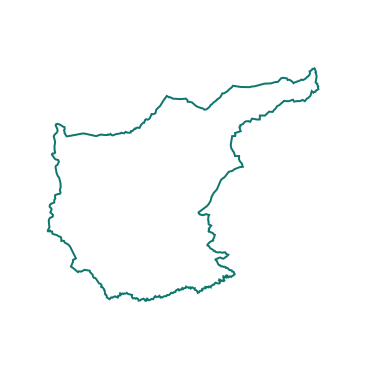 Wat Sing, Chai Nat, Thailand, rotated 166°
{"feature_id": "78962969B4118502895229", "entity_name": "Wat Sing", "entity_type": "district", "adm_level": 2, "iso_a3": "THA", "parent_name": "Thailand", "parent_adm1": "Chai Nat", "projection": "orthographic", "projection_center": [99.951, 15.22], "detail": "fine", "context": "isolated", "style": "outline", "palette": "teal", "viewbox_px": 384, "rotation_deg": 166, "n_neighbors": 0, "source": "geoboundaries", "source_scale": "gbopen_adm2", "svg_char_len": 6024}
<svg xmlns="http://www.w3.org/2000/svg" viewBox="0 0 384 384"><g transform="rotate(166 192 192)"><path d="M300.0,285.8L300.8,286.2L304.3,289.7L306.3,290.7L307.5,290.6L308.2,289.6L307.4,285.7L307.7,283.6L308.7,282.4L311.8,280.6L312.7,279.5L312.7,273.6L314.4,269.6L315.2,265.8L315.2,263.6L316.0,262.8L318.1,263.1L318.9,262.2L317.1,257.6L316.4,256.6L314.2,255.5L313.8,253.7L315.9,251.0L317.8,250.2L318.4,249.2L318.8,243.1L318.3,239.8L317.5,238.1L317.4,232.9L318.2,228.6L319.8,225.6L319.7,223.1L320.7,222.2L322.9,222.4L325.5,222.1L326.0,221.2L326.2,218.9L327.6,217.5L328.2,215.1L331.6,214.7L333.1,213.8L333.7,212.1L332.5,210.0L332.4,209.2L334.4,206.4L332.6,203.7L332.6,202.4L333.6,201.6L336.0,201.3L337.5,199.9L338.1,198.0L338.9,192.2L340.8,190.1L341.4,189.1L341.2,188.7L339.3,188.8L339.5,188.2L337.3,187.5L337.5,185.4L337.3,185.0L333.6,182.9L332.0,181.2L330.2,180.1L330.1,178.5L330.6,176.1L329.5,176.1L328.1,175.5L327.7,173.7L325.0,171.2L323.6,168.9L320.7,155.7L321.4,155.3L322.9,155.2L323.9,154.8L324.4,153.0L327.5,148.9L325.6,146.8L322.0,141.8L320.8,142.4L319.4,141.7L318.1,141.7L315.1,142.5L310.3,140.4L310.2,138.8L308.4,135.8L308.5,134.2L308.1,132.5L307.0,132.2L306.3,131.4L304.3,125.9L303.2,125.2L302.6,124.3L302.3,122.9L302.5,122.2L303.0,122.1L303.0,121.6L302.4,121.5L301.5,120.6L300.9,119.0L301.0,118.2L300.6,117.8L301.0,114.3L300.8,113.3L300.2,113.2L300.1,112.9L299.9,111.4L300.2,110.4L297.9,107.9L295.9,109.3L294.9,108.7L293.5,109.3L292.7,109.1L291.9,109.4L289.8,107.6L289.3,107.6L289.0,108.9L286.5,109.0L286.6,110.5L286.2,111.1L285.1,110.0L283.8,110.3L283.3,109.6L281.7,109.8L280.5,109.5L279.7,109.9L278.7,108.5L275.0,106.6L275.6,105.6L275.7,104.2L275.0,103.0L273.2,102.9L272.4,102.0L271.4,102.4L270.6,101.7L270.1,100.5L270.1,99.5L268.4,99.4L267.4,100.0L264.8,100.2L263.5,97.7L263.1,97.5L262.6,97.9L262.1,99.2L261.5,99.5L261.0,99.2L260.8,97.7L260.4,97.4L258.4,97.5L257.2,98.0L255.7,97.4L253.4,99.6L252.7,99.8L252.0,98.6L251.0,98.8L249.8,98.5L248.7,99.1L248.3,97.4L248.0,97.1L247.3,97.5L246.3,96.9L244.2,97.6L242.1,97.1L241.2,98.0L238.9,97.7L236.5,99.3L235.2,98.5L234.3,99.1L232.3,99.0L231.7,100.2L229.0,101.1L228.5,100.8L228.5,99.7L228.2,99.6L226.9,100.1L226.1,99.9L224.7,101.1L224.2,99.9L223.1,100.6L221.6,100.4L220.6,101.6L220.0,100.7L218.4,100.3L218.1,99.5L216.4,99.9L216.1,99.6L216.5,99.1L216.4,98.7L215.5,99.3L214.4,99.2L213.7,98.2L212.6,97.9L213.0,97.2L212.9,96.4L212.0,95.9L211.1,94.7L210.8,92.7L209.3,93.0L208.8,93.9L207.9,94.1L206.0,93.8L205.7,94.0L205.8,95.3L204.6,95.7L202.4,95.4L202.0,96.7L201.5,96.5L201.5,95.7L200.3,96.3L199.1,95.5L198.4,96.2L196.9,95.0L196.6,95.9L195.7,96.5L194.8,96.4L194.0,97.0L192.7,96.9L192.1,97.9L191.1,98.3L188.3,96.7L187.3,96.8L186.3,98.2L187.3,99.5L186.7,100.5L185.8,99.9L185.1,98.6L184.4,98.8L182.8,97.8L182.0,98.4L182.5,99.7L181.9,100.7L182.3,101.9L182.0,102.6L179.8,100.9L179.2,102.6L178.3,102.7L177.8,102.0L178.6,101.0L177.3,100.3L175.5,101.0L174.5,100.1L173.3,100.8L171.7,101.1L171.0,101.9L170.5,102.0L170.9,104.4L172.3,105.1L172.4,106.4L174.5,107.1L175.6,109.2L176.7,110.2L177.5,110.1L177.7,111.0L178.4,111.6L179.6,111.7L180.6,112.7L181.3,112.6L182.3,113.3L182.8,114.4L183.4,114.5L184.0,115.6L184.7,119.3L185.4,120.0L185.5,120.9L181.2,121.7L180.1,121.4L178.4,119.9L177.7,119.7L173.7,121.2L172.0,122.3L174.0,123.9L174.2,125.3L175.3,125.7L177.3,125.7L179.3,126.8L181.8,127.2L183.6,128.2L184.2,129.3L185.2,129.6L185.3,130.5L187.6,132.7L188.2,133.6L188.5,135.1L190.0,136.6L189.2,137.6L187.2,138.9L185.2,139.6L183.2,139.7L183.1,140.9L181.7,142.2L180.2,144.9L181.1,145.5L181.4,146.6L182.4,147.7L183.4,148.2L184.5,149.4L185.1,149.3L185.4,150.0L184.2,151.9L184.5,152.4L181.5,154.8L183.6,156.5L183.6,157.3L182.9,160.0L183.2,160.7L182.5,162.8L181.9,164.4L180.9,165.5L183.9,167.2L185.1,166.9L187.6,167.0L190.1,168.6L190.1,169.2L190.6,169.6L190.5,170.7L181.1,174.6L178.7,176.2L175.9,179.2L174.1,182.7L171.2,185.8L167.2,188.5L161.3,196.3L160.2,197.2L156.7,198.6L151.5,202.7L147.6,202.8L145.1,203.9L139.6,204.6L136.6,204.2L136.8,207.7L138.0,209.9L138.5,212.1L137.6,215.5L141.5,216.4L141.8,220.6L142.6,222.1L142.6,223.3L143.3,224.5L143.0,228.4L139.5,236.5L136.5,235.9L136.0,237.4L136.0,238.8L130.1,239.2L130.3,243.5L129.2,243.8L129.1,245.1L125.9,245.7L125.3,246.3L123.2,247.5L120.3,247.2L118.6,246.0L116.0,248.7L111.1,246.5L108.7,246.0L107.6,249.8L102.7,248.5L97.8,251.3L94.3,250.2L92.4,251.9L91.0,252.5L88.7,254.7L86.2,255.2L80.5,258.2L79.1,257.5L76.2,256.7L71.7,257.1L71.1,255.0L67.5,254.7L65.8,254.1L62.3,254.5L60.6,252.8L57.8,254.9L56.6,255.1L53.8,256.7L51.4,260.9L50.1,259.0L49.5,259.4L47.8,259.5L47.4,260.4L44.5,261.2L44.4,263.8L43.9,264.1L44.7,266.4L44.3,266.9L45.6,268.3L43.3,273.5L43.0,274.8L43.3,278.0L42.6,278.3L43.2,282.3L44.1,282.0L45.3,282.3L46.8,281.1L48.7,280.6L48.8,278.7L49.5,277.4L51.4,276.0L52.3,275.9L54.3,274.6L56.5,273.9L57.6,273.9L58.6,274.6L60.6,274.0L66.4,273.4L67.1,273.0L68.3,275.2L69.8,276.9L70.7,277.5L72.1,277.5L72.4,279.2L75.3,280.6L77.4,280.9L78.3,280.6L82.0,278.1L84.7,278.5L89.2,278.3L95.4,279.6L105.3,279.4L109.1,279.9L110.9,279.8L119.2,282.1L126.6,285.2L128.2,283.8L130.8,282.8L133.0,281.3L137.0,280.0L138.6,280.4L141.6,277.2L143.6,276.2L144.7,276.0L146.7,274.7L149.4,273.7L151.5,272.3L153.1,271.7L153.9,270.7L156.1,269.5L158.0,268.7L159.6,268.8L160.1,268.9L161.0,270.2L165.9,273.2L167.7,275.1L170.3,278.9L173.0,280.3L174.3,280.5L174.3,282.4L175.4,284.1L180.7,284.9L187.9,287.2L190.3,289.3L191.4,289.4L193.2,291.3L196.9,288.3L202.0,283.3L206.7,280.6L208.5,277.2L211.0,276.9L212.4,277.4L215.0,273.9L216.0,273.2L217.6,272.9L218.9,273.7L219.9,273.4L221.7,270.8L222.6,271.0L225.2,269.5L227.3,266.9L229.2,267.6L230.4,267.7L231.5,266.9L232.1,267.4L235.1,265.6L236.5,265.8L237.1,264.5L239.9,265.0L241.9,266.4L243.4,265.4L245.3,266.0L246.2,266.6L247.3,266.2L251.9,266.5L255.2,266.1L256.1,266.5L257.0,267.9L257.3,267.5L259.5,268.1L259.8,267.7L262.7,268.3L266.6,269.8L271.5,269.4L281.7,274.5L283.7,275.2L300.0,276.2L300.8,277.8L300.9,279.0L301.4,279.6L301.1,281.5L301.3,282.7L300.3,283.9L300.0,285.8Z" fill="none" stroke="#0f766e" stroke-width="2"/></g></svg>